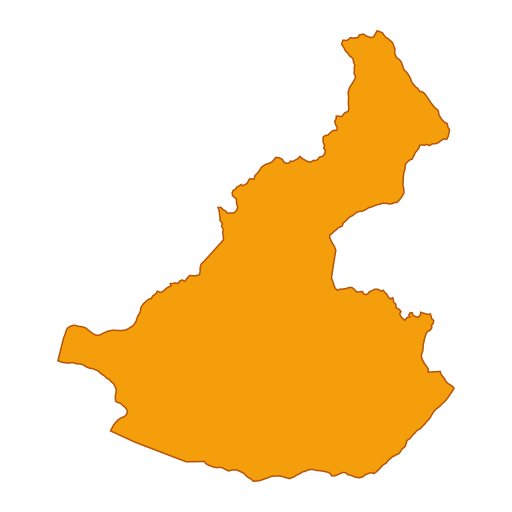 outline of Montividiu, Goiás, Brazil
{"feature_id": "56859067B59325269621786", "entity_name": "Montividiu", "entity_type": "district", "adm_level": 2, "iso_a3": "BRA", "parent_name": "Brazil", "parent_adm1": "Goiás", "projection": "natural_earth1", "projection_center": [-51.165, -17.245], "detail": "fine", "context": "isolated", "style": "filled", "palette": "amber", "viewbox_px": 512, "rotation_deg": 0, "n_neighbors": 0, "source": "geoboundaries", "source_scale": "gbopen_adm2", "svg_char_len": 6050}
<svg xmlns="http://www.w3.org/2000/svg" viewBox="0 0 512 512"><path d="M63.7,337.6L57.9,360.7L60.4,361.7L62.5,362.4L67.8,363.0L70.7,362.8L73.7,362.7L76.2,363.8L79.0,363.9L82.1,364.3L86.9,367.2L90.0,368.3L92.8,368.6L96.1,370.1L98.6,371.1L100.3,373.1L102.5,374.7L104.8,376.1L106.7,378.3L109.1,379.4L111.1,381.7L113.6,383.6L115.0,386.3L116.2,389.4L116.1,392.3L115.4,395.2L115.3,398.0L115.6,401.1L117.4,402.4L120.3,403.2L125.5,407.8L127.2,410.3L127.2,412.7L126.2,414.9L124.2,416.6L121.2,417.8L118.0,419.9L115.4,422.7L113.5,425.2L110.5,430.9L135.5,442.4L186.2,461.8L204.3,461.5L205.9,463.7L208.1,465.0L210.6,466.0L213.5,467.0L216.4,467.6L219.3,467.4L221.5,467.5L223.6,468.4L226.4,469.9L228.9,471.0L231.0,470.2L233.0,469.9L235.3,469.9L237.7,470.4L242.3,472.5L244.0,473.6L245.9,475.5L248.2,477.5L251.2,479.1L253.3,481.3L259.5,480.7L267.9,477.8L271.2,476.4L274.7,476.0L279.5,476.0L281.5,476.3L284.1,477.1L289.4,478.6L291.6,477.8L294.2,476.8L295.7,475.6L300.1,473.5L302.6,471.8L304.7,471.5L307.2,470.4L309.9,469.5L312.8,469.5L316.4,470.4L319.6,470.7L321.5,470.9L323.8,471.3L328.7,472.5L330.5,473.9L331.8,475.9L334.8,475.8L337.7,474.7L342.9,472.4L345.6,472.7L347.7,474.6L349.8,475.0L352.2,475.8L354.8,477.0L359.1,477.8L362.3,477.1L364.8,475.2L366.8,474.1L369.0,473.3L371.7,472.6L373.8,473.7L375.8,472.3L378.4,470.0L380.9,467.4L382.4,465.5L384.1,464.2L385.9,463.4L387.9,460.9L389.7,459.1L392.3,456.9L394.5,455.8L396.2,454.7L398.3,454.1L400.3,451.9L401.7,449.3L403.3,448.1L404.9,446.8L406.1,443.7L407.0,440.4L409.7,438.8L413.3,434.3L415.0,433.0L416.3,431.2L418.0,429.8L420.3,428.7L422.8,426.0L425.1,423.7L426.4,421.9L428.3,420.0L430.2,417.7L431.6,415.1L433.0,412.7L435.5,409.5L437.9,407.8L440.5,405.6L441.9,403.9L444.0,402.2L446.4,399.6L448.3,397.1L449.7,394.9L451.1,393.1L454.1,388.2L452.2,386.1L448.1,383.5L446.2,381.8L444.5,378.7L440.7,373.9L440.2,371.4L428.2,372.2L428.4,369.3L427.2,367.4L423.8,362.4L422.3,359.4L421.4,356.7L421.6,354.1L422.7,351.2L423.1,348.0L423.1,345.2L424.0,341.6L424.3,339.3L426.1,333.6L427.8,331.3L430.1,330.3L431.8,327.8L431.6,325.4L433.3,323.2L433.7,320.5L431.8,318.8L430.4,313.9L428.1,314.5L422.9,313.0L420.6,312.3L420.4,315.1L418.0,317.3L415.2,316.5L413.0,315.3L412.4,312.9L410.2,312.6L408.8,314.9L410.1,316.8L407.3,317.3L404.7,320.3L401.4,317.3L399.6,313.8L401.0,311.7L399.3,309.5L396.2,307.8L395.8,304.1L393.7,302.3L393.4,299.8L392.7,297.7L390.5,299.0L388.1,296.9L386.9,294.2L384.8,292.4L383.2,290.2L380.9,291.1L378.1,289.3L374.7,289.2L371.8,290.8L369.2,291.9L368.0,293.7L365.9,294.6L363.6,293.9L362.4,291.5L359.1,291.9L356.4,292.0L355.0,289.9L351.9,287.5L349.4,287.5L345.8,288.6L342.6,289.1L339.7,289.2L337.8,290.4L335.6,288.7L334.4,286.7L332.7,281.2L331.4,278.1L333.6,263.5L334.1,260.8L335.8,250.3L334.7,247.1L331.1,240.9L329.8,237.8L329.8,235.0L331.9,233.5L334.2,231.3L336.4,229.7L338.0,227.9L339.8,227.2L342.3,225.9L343.2,223.1L346.8,219.9L348.2,218.3L350.2,216.7L352.6,215.6L355.7,213.0L358.3,211.7L360.8,211.3L363.9,210.7L368.7,207.7L370.7,207.3L373.7,206.0L377.1,204.8L380.0,204.2L382.7,203.2L386.4,203.4L389.9,204.0L392.5,203.5L394.5,202.5L396.7,202.5L399.2,200.2L401.2,197.7L402.5,195.5L403.9,193.2L403.9,190.0L403.4,187.0L402.8,184.6L403.2,181.9L403.2,178.0L403.5,175.2L403.9,172.4L404.9,169.4L405.5,164.1L407.9,161.5L410.0,159.8L412.0,159.3L413.0,157.2L414.2,155.1L415.3,152.6L417.2,150.4L419.0,147.9L419.6,145.3L421.8,144.9L424.5,145.3L426.4,144.4L429.7,145.6L432.1,143.9L435.5,143.7L438.2,142.8L441.0,140.6L444.1,138.8L446.7,139.4L448.4,135.8L449.6,129.7L448.0,127.4L447.2,123.6L444.1,121.9L441.3,118.9L439.0,114.9L438.4,111.2L437.2,109.5L434.8,107.8L431.3,103.3L429.3,100.3L425.4,94.6L423.2,92.3L419.7,91.2L417.5,88.2L415.6,86.9L412.3,83.0L411.1,80.6L410.4,78.2L407.7,73.7L406.3,71.9L404.0,69.9L402.7,65.8L401.2,61.9L399.6,59.9L396.5,57.5L394.7,53.5L394.9,48.9L392.5,42.6L387.9,38.5L385.6,37.3L382.3,32.7L377.2,30.7L373.6,36.8L371.2,37.7L368.2,36.7L365.9,35.8L363.5,34.1L359.4,34.8L358.1,37.4L353.1,38.2L350.6,37.6L347.0,40.5L342.9,40.2L341.6,44.2L344.1,48.1L345.2,50.5L346.9,52.3L348.3,53.9L349.4,55.7L351.4,57.2L353.0,58.7L353.4,61.5L354.8,65.3L354.2,68.2L354.4,70.8L354.0,73.4L355.1,75.3L355.5,77.6L353.4,81.7L351.2,85.0L349.4,88.0L348.1,92.2L348.6,97.9L348.3,103.2L348.9,108.5L348.1,111.4L344.9,112.8L343.2,114.6L341.9,116.5L336.3,116.0L336.1,119.0L334.7,121.4L335.7,124.9L337.4,127.7L336.6,130.3L334.2,130.3L332.3,131.0L329.9,133.0L327.8,135.2L325.2,135.5L323.2,137.0L323.0,141.6L324.5,145.5L323.7,148.3L325.2,150.3L324.9,153.4L322.7,156.3L319.4,157.0L318.0,159.3L315.8,160.5L313.2,160.4L311.1,161.9L308.5,161.9L305.5,160.3L303.3,159.3L299.8,156.4L298.0,158.6L295.7,159.8L293.0,161.4L290.4,161.1L289.2,163.0L286.1,163.3L283.8,162.0L282.3,159.3L278.8,157.6L275.8,157.4L273.1,160.8L271.0,162.6L268.1,163.6L265.9,164.3L262.7,166.2L261.0,167.9L259.8,170.0L257.3,173.3L254.9,175.7L254.2,179.1L252.3,178.9L249.5,178.9L247.0,183.5L244.7,184.7L242.8,185.8L241.1,184.5L239.0,186.1L236.8,187.1L235.4,189.2L233.1,190.5L232.2,192.7L232.5,195.7L236.4,198.9L236.5,202.7L237.7,207.6L236.7,210.2L234.7,212.3L232.9,213.1L230.8,212.9L227.7,213.3L225.6,211.0L223.3,209.8L220.9,207.4L218.0,207.4L219.2,211.0L219.6,214.7L220.0,217.7L220.0,220.6L222.3,222.9L221.5,226.3L223.2,229.0L222.7,232.7L223.2,235.3L223.5,239.8L204.2,261.2L201.3,263.9L200.4,266.3L200.1,269.4L200.2,271.9L199.2,274.9L196.4,275.6L194.1,275.9L192.2,275.6L189.6,275.5L186.9,278.5L184.8,281.4L182.2,279.9L179.3,281.3L178.3,283.5L175.5,282.9L172.9,283.5L170.3,283.6L170.8,286.1L168.5,287.0L166.6,288.1L163.1,291.3L160.3,292.5L157.3,291.1L156.4,293.1L154.5,294.8L152.6,296.0L151.3,298.6L148.6,299.2L143.7,303.5L142.1,305.6L140.8,307.9L140.5,310.3L140.0,312.6L138.1,315.5L136.9,318.5L136.0,321.5L134.0,324.5L132.2,326.3L129.8,327.7L127.6,329.1L125.5,330.0L123.2,330.4L120.6,330.6L118.5,330.4L116.5,330.5L113.8,330.1L108.1,331.0L103.3,333.2L101.3,334.3L99.2,335.1L96.8,335.3L94.1,334.4L91.5,332.6L85.3,327.7L81.1,326.6L78.9,326.4L74.2,325.1L70.8,326.1L68.9,327.1L67.3,328.4L66.0,331.1L64.9,335.1L63.7,337.6Z" fill="#f59e0b" stroke="#b45309" stroke-width="1.5"/></svg>